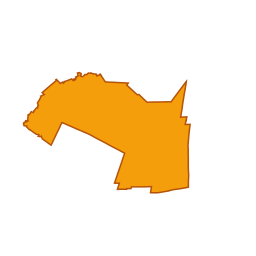 Vinh Thanh, Can Tho, Vietnam, rotated 227°
{"feature_id": "81297802B96455619083063", "entity_name": "Vinh Thanh", "entity_type": "district", "adm_level": 2, "iso_a3": "VNM", "parent_name": "Vietnam", "parent_adm1": "Can Tho", "projection": "robinson", "projection_center": [105.44, 10.207], "detail": "fine", "context": "isolated", "style": "filled", "palette": "amber", "viewbox_px": 256, "rotation_deg": 227, "n_neighbors": 0, "source": "geoboundaries", "source_scale": "gbopen_adm2", "svg_char_len": 4966}
<svg xmlns="http://www.w3.org/2000/svg" viewBox="0 0 256 256"><g transform="rotate(227 128 128)"><path d="M212.5,108.1L212.0,107.9L211.6,107.8L211.9,102.9L212.2,96.0L212.4,89.3L209.8,89.6L209.6,89.6L210.7,86.2L210.4,86.3L209.1,82.5L208.6,80.8L208.2,79.0L208.1,78.8L207.7,78.7L206.7,78.2L206.3,78.0L206.0,78.0L205.8,78.0L205.7,77.9L205.7,77.7L205.7,77.3L205.7,77.2L205.6,76.8L205.5,76.7L205.4,76.7L205.2,76.6L205.0,76.4L204.7,76.0L204.5,75.8L204.5,75.7L204.4,75.6L204.4,75.4L204.5,75.3L204.8,75.5L204.9,75.4L205.0,75.3L205.0,75.2L204.9,75.0L204.9,74.9L205.0,74.7L205.1,73.5L204.8,72.7L204.7,70.7L204.3,70.6L204.1,70.0L203.9,69.3L205.9,68.4L205.7,67.5L205.2,65.6L204.9,65.1L205.2,64.8L205.3,64.8L205.8,64.4L205.8,64.1L205.6,63.7L205.4,63.4L204.7,62.8L204.4,62.7L204.2,62.3L204.1,62.1L203.7,61.8L203.4,61.5L203.0,60.8L202.8,60.6L202.5,60.3L202.2,60.0L202.1,59.9L201.8,59.8L201.5,59.7L201.4,59.7L201.6,59.4L201.7,59.2L201.7,58.8L201.8,58.8L202.0,58.9L202.3,58.7L202.5,58.6L202.8,58.5L203.1,58.3L203.1,58.2L203.0,57.7L202.9,57.4L202.5,57.3L202.5,57.2L202.4,57.2L202.5,57.1L202.7,56.9L202.5,56.0L202.5,55.9L202.8,55.8L202.9,55.7L202.7,55.3L202.6,55.2L202.7,54.8L202.7,54.7L202.4,54.5L202.2,54.4L200.6,53.5L198.5,55.3L198.0,54.6L194.0,54.7L193.5,55.1L188.0,56.2L186.5,56.5L186.4,56.5L185.4,57.1L185.1,57.3L184.6,57.7L184.3,57.8L184.1,57.9L184.1,58.1L183.9,58.2L183.7,58.2L183.4,57.6L183.2,56.7L182.7,57.1L182.2,57.4L182.0,57.5L181.8,57.6L181.7,57.8L181.6,58.0L181.2,58.2L181.0,58.4L180.9,58.6L181.0,58.9L178.5,57.9L178.2,58.0L174.8,58.7L169.9,59.6L167.9,60.1L169.9,65.2L171.5,69.3L172.9,72.7L174.1,76.0L175.2,78.8L175.5,79.6L175.8,79.9L176.5,81.9L177.0,83.5L176.4,83.7L174.3,84.7L173.3,85.1L172.9,85.2L171.9,85.7L171.0,86.1L170.3,86.3L169.9,86.5L169.7,86.5L169.3,86.9L168.8,87.1L167.5,87.6L162.6,89.7L152.9,94.0L150.2,95.2L148.5,95.8L141.4,98.1L137.2,99.6L135.5,100.2L133.6,100.9L130.3,102.0L130.0,102.1L126.6,103.2L121.3,105.1L120.8,105.3L114.6,107.4L111.9,108.4L111.1,107.0L108.8,102.6L108.2,101.6L106.2,97.9L104.8,95.3L103.2,92.3L101.4,88.9L98.1,82.8L97.4,81.5L96.9,80.5L93.5,84.0L92.6,82.4L90.4,78.4L90.2,78.5L88.7,80.3L87.1,82.1L84.1,85.2L84.5,85.7L81.7,88.8L82.6,90.5L82.0,91.0L74.3,99.3L69.1,105.2L65.3,100.3L60.4,105.5L58.6,108.2L54.0,115.2L54.2,115.4L51.3,120.1L48.0,124.7L47.7,125.3L47.3,125.9L46.9,126.4L43.5,131.8L47.5,135.5L51.8,139.9L57.8,145.0L66.5,153.1L67.4,153.8L70.5,156.7L70.5,156.9L70.6,157.0L70.9,157.1L72.7,158.6L73.9,159.6L74.8,160.5L77.6,163.6L80.6,166.9L83.1,169.7L88.3,175.9L91.5,172.3L93.7,175.1L93.5,175.4L95.2,177.4L96.0,178.6L100.0,173.9L104.2,179.3L105.5,181.1L108.0,184.0L109.6,186.0L112.1,189.3L114.5,192.3L116.6,195.2L119.8,199.3L121.7,201.8L122.1,202.3L122.3,202.5L121.9,200.0L118.6,181.9L117.8,177.4L124.2,170.3L126.2,168.1L127.6,166.5L130.1,163.8L133.8,159.6L134.0,159.5L135.5,159.4L141.7,159.0L144.2,158.9L145.0,158.9L145.9,157.5L146.1,157.5L146.6,157.4L152.6,156.9L157.3,156.6L160.2,156.3L160.7,158.8L162.7,156.9L165.3,154.4L166.5,153.2L169.5,150.3L172.3,147.6L175.3,144.6L177.1,142.9L179.5,143.2L180.5,143.4L183.1,143.8L184.8,144.0L184.8,144.3L186.5,144.4L186.5,144.2L186.4,143.5L186.4,142.6L186.8,142.2L187.0,142.1L187.2,141.9L187.3,141.8L187.3,141.7L187.2,141.6L187.0,141.4L187.0,141.2L187.2,140.9L187.3,141.0L187.5,141.1L188.2,141.1L188.4,141.1L188.5,141.1L188.7,141.3L188.9,141.4L189.0,141.5L189.3,141.4L189.5,141.2L189.8,140.9L190.1,140.5L190.4,140.1L190.5,140.0L190.8,140.0L191.0,140.0L191.2,139.9L191.4,139.5L191.5,139.4L192.3,139.0L193.1,138.6L193.6,138.5L193.8,138.2L193.8,137.8L193.9,137.6L194.0,137.4L194.5,137.0L194.8,136.9L195.0,136.8L195.1,136.6L195.2,136.2L195.3,135.9L195.3,135.7L195.2,135.5L195.1,135.0L195.1,134.8L195.1,134.6L195.1,134.4L195.3,134.2L195.9,133.7L196.1,133.5L196.3,133.1L196.5,132.8L196.5,132.6L196.5,132.4L196.5,132.2L196.4,131.8L196.3,131.4L196.3,131.0L196.3,130.8L196.3,130.4L196.4,130.2L196.5,130.0L196.7,129.7L197.0,129.4L197.4,129.3L197.6,129.3L197.7,129.2L198.1,128.8L198.3,128.9L198.6,128.8L198.7,128.7L198.8,128.8L198.9,129.0L199.0,129.1L199.1,129.3L199.0,129.9L199.0,130.0L199.3,130.3L199.5,130.6L199.7,130.8L199.8,130.9L200.2,130.8L201.1,130.2L201.5,130.4L202.7,128.5L201.4,127.8L200.8,127.4L200.1,127.1L200.8,125.2L200.9,124.8L200.7,124.8L200.4,125.0L200.3,124.9L200.2,124.9L200.1,124.7L200.3,123.9L200.2,123.7L200.2,123.4L200.1,123.2L199.8,123.0L199.6,123.0L199.3,123.0L199.2,122.9L199.1,122.6L199.2,122.4L199.4,122.3L199.5,122.3L199.8,122.4L200.0,122.5L200.2,122.4L200.5,122.2L200.7,121.8L200.7,121.7L200.4,121.4L200.2,121.4L199.9,121.5L199.7,121.5L199.6,121.4L199.6,121.1L199.7,120.7L199.9,120.4L200.1,120.3L200.3,120.2L200.5,120.2L201.2,120.3L201.6,120.4L201.8,120.3L202.0,120.3L202.3,120.3L204.5,114.9L205.0,113.8L205.4,113.2L205.4,112.9L205.0,112.6L204.9,112.5L204.8,112.4L204.8,112.2L204.8,111.8L204.7,111.3L204.8,111.3L205.0,111.3L205.8,111.6L206.1,111.6L206.5,110.4L206.7,108.9L207.3,108.9L212.4,108.8L212.5,108.1Z" fill="#f59e0b" stroke="#b45309" stroke-width="1.5"/></g></svg>